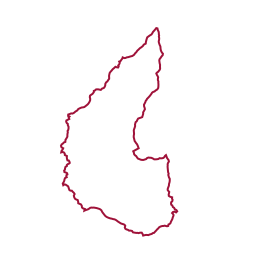 Monte Santo do Tocantins, Tocantins, Brazil (Albers equal-area conic projection), rotated 100°
{"feature_id": "56859067B11136722399220", "entity_name": "Monte Santo do Tocantins", "entity_type": "district", "adm_level": 2, "iso_a3": "BRA", "parent_name": "Brazil", "parent_adm1": "Tocantins", "projection": "albers", "projection_center": [-49.085, -9.988], "detail": "fine", "context": "isolated", "style": "outline", "palette": "rose", "viewbox_px": 256, "rotation_deg": 100, "n_neighbors": 0, "source": "geoboundaries", "source_scale": "gbopen_adm2", "svg_char_len": 5081}
<svg xmlns="http://www.w3.org/2000/svg" viewBox="0 0 256 256"><g transform="rotate(100 128 128)"><path d="M187.8,76.0L186.4,76.4L185.0,76.3L183.8,76.3L183.0,77.3L182.1,78.2L180.9,78.3L179.2,78.0L177.6,77.7L176.1,77.9L174.4,77.7L173.1,77.7L171.6,77.9L170.5,78.2L169.7,79.0L168.6,79.5L167.2,80.2L166.0,80.0L164.6,80.8L162.9,81.3L161.1,81.8L159.2,82.3L157.9,82.4L156.7,82.7L155.4,82.5L154.0,81.9L152.5,82.5L151.5,83.6L150.7,84.4L149.4,85.1L148.1,85.9L149.0,86.7L150.2,87.1L151.3,87.9L151.9,89.2L152.2,90.4L152.2,91.6L153.3,92.8L153.8,94.3L154.1,95.5L154.3,96.8L153.6,98.5L153.3,100.1L153.5,101.4L153.5,102.6L154.2,103.9L155.5,104.8L156.2,106.2L156.8,107.3L157.0,108.4L157.0,109.9L156.7,111.3L156.4,112.9L155.5,113.9L154.2,115.1L153.8,116.1L152.9,117.3L151.2,118.0L150.0,118.8L146.1,114.0L144.5,114.9L143.5,115.5L142.3,116.4L141.4,117.5L140.6,118.2L139.8,119.1L138.5,119.7L137.3,120.2L136.0,120.8L134.4,121.0L132.8,121.0L130.9,121.5L129.3,121.9L128.1,121.8L126.6,121.5L124.8,121.3L123.5,121.7L122.2,121.6L120.9,121.5L119.9,120.6L118.4,120.2L117.0,119.7L116.2,118.4L115.6,117.2L114.8,115.9L113.2,115.7L111.4,115.5L109.9,115.8L108.3,115.2L106.5,114.6L105.1,115.2L103.9,115.9L102.3,116.3L100.8,115.8L99.4,115.4L98.0,115.2L97.1,114.6L96.0,114.3L95.0,113.6L93.8,112.8L92.3,111.9L90.5,111.0L89.0,110.4L88.1,109.5L87.4,108.2L86.2,107.3L85.3,106.2L84.4,105.6L83.3,105.2L81.7,105.3L79.7,105.6L78.2,106.0L76.8,106.2L75.6,106.9L74.4,107.1L72.8,107.1L71.5,108.0L70.5,108.9L69.3,109.6L68.2,108.9L67.3,108.0L66.1,107.4L65.0,106.8L63.8,106.7L62.3,107.1L60.2,107.4L58.7,108.1L57.4,108.5L56.2,108.9L54.9,108.9L53.9,108.4L52.9,107.9L51.7,107.4L50.3,106.5L48.8,106.5L47.8,107.7L46.7,108.6L45.6,109.2L44.3,109.7L43.1,110.0L42.0,110.3L40.6,111.3L39.3,112.0L38.3,112.5L37.2,112.8L35.7,112.7L34.0,112.9L32.6,113.5L31.5,113.4L30.4,113.9L29.2,114.1L27.8,114.6L26.5,115.6L24.8,116.3L24.7,117.5L26.2,118.3L27.7,119.2L29.1,120.1L30.7,120.6L31.9,121.2L32.8,122.3L34.1,123.6L35.4,124.8L36.7,125.0L38.4,125.2L40.5,125.3L41.8,125.2L43.2,127.0L44.5,127.5L45.5,128.3L46.4,129.1L47.3,130.1L48.6,131.0L50.3,132.3L51.9,133.0L53.4,134.1L54.7,134.6L56.3,136.2L57.1,138.0L58.2,140.1L58.6,141.4L59.5,142.7L59.8,143.8L59.4,145.5L60.5,145.6L62.0,146.4L63.4,147.0L64.1,148.2L65.2,147.4L67.1,147.8L68.1,148.5L69.0,147.9L70.1,148.2L70.2,149.4L69.9,151.0L71.4,152.1L72.8,153.3L74.3,154.1L75.7,155.0L77.0,155.6L78.8,155.7L80.1,155.7L81.2,155.4L82.8,155.1L84.6,156.0L85.7,156.4L86.9,157.5L88.5,158.0L90.0,157.8L91.5,158.1L92.8,158.8L93.7,160.4L95.2,161.4L95.1,164.2L95.5,166.1L96.8,167.1L97.4,168.1L98.7,167.9L100.6,168.9L101.6,170.0L102.7,171.0L104.2,171.0L105.8,170.3L107.2,170.1L108.7,170.4L110.3,171.0L111.6,171.7L112.8,172.7L114.9,174.6L115.4,175.7L115.9,177.3L117.0,179.0L118.0,180.3L119.5,181.0L121.0,182.7L122.3,183.7L123.4,185.1L123.5,186.5L124.4,187.9L125.1,189.2L126.5,189.1L126.9,187.6L128.1,188.2L129.3,187.4L130.2,188.6L131.3,190.0L132.5,190.0L133.8,189.1L134.4,188.0L135.8,187.7L137.0,186.8L138.6,186.5L140.2,186.5L141.4,187.0L142.9,186.5L144.2,186.6L145.3,186.5L147.1,186.2L149.1,186.9L150.5,187.5L152.6,187.3L153.4,188.7L154.6,189.4L155.7,190.5L157.2,190.9L158.6,190.1L159.2,188.3L160.5,188.6L161.9,189.4L163.6,189.5L163.0,188.2L163.2,186.9L164.1,185.9L165.6,185.5L166.2,183.3L167.9,183.1L169.3,182.6L170.4,182.0L170.3,180.7L171.2,179.9L172.5,179.3L173.3,179.9L174.1,181.1L175.0,181.8L176.1,181.6L177.1,182.8L178.8,183.0L180.0,182.9L181.0,183.5L182.4,183.0L182.7,181.3L183.1,180.1L184.3,179.6L185.0,180.4L186.2,180.4L187.1,179.8L188.1,181.2L189.4,181.6L190.9,181.6L192.6,182.0L194.0,182.6L195.6,181.8L194.6,180.8L194.6,179.6L195.2,178.3L195.6,177.2L196.5,176.4L198.0,175.7L199.4,174.8L199.7,173.6L199.5,172.4L200.4,171.4L201.1,170.2L202.3,169.1L204.1,169.6L205.8,168.8L207.0,167.7L207.4,166.5L207.7,165.0L209.2,164.3L210.8,163.9L211.1,162.5L211.4,161.1L212.5,160.1L214.3,159.5L215.1,158.0L215.2,156.5L217.0,156.6L216.3,155.6L215.7,154.5L215.0,153.2L214.1,152.2L213.2,151.4L212.7,150.2L212.6,149.1L212.3,147.7L212.3,146.1L212.3,144.9L212.5,143.4L212.7,141.9L213.2,140.7L213.8,139.8L214.7,139.2L215.6,138.4L216.3,137.6L217.5,136.3L218.6,135.0L219.3,133.6L219.8,131.7L220.1,129.7L220.1,128.4L220.3,126.9L220.3,125.4L220.6,124.2L221.1,123.1L221.8,121.8L222.6,119.9L223.2,118.5L223.5,116.7L223.6,115.5L224.0,114.5L224.8,113.7L226.4,113.9L227.6,113.2L228.1,112.1L228.3,110.4L228.9,109.1L228.6,107.8L228.7,106.1L229.9,105.0L229.9,103.5L229.9,101.7L229.6,100.5L229.7,99.3L229.0,98.0L228.7,96.3L230.0,95.1L231.3,94.4L230.7,93.1L230.2,91.8L230.0,90.4L229.9,89.2L229.2,88.3L228.7,87.3L228.2,86.2L227.3,85.5L226.7,84.1L225.5,83.4L224.2,82.5L222.8,81.7L221.7,80.8L220.5,80.2L219.4,78.9L218.6,77.3L218.3,76.0L217.8,74.9L217.9,73.8L218.0,72.5L217.5,71.4L216.0,71.4L215.3,70.4L214.4,69.7L212.7,69.4L211.2,68.9L209.8,68.5L208.2,68.4L207.0,68.1L205.8,68.0L204.9,68.7L204.1,69.8L203.0,69.2L202.3,67.8L202.8,66.0L201.5,65.1L200.4,66.1L199.9,67.8L198.6,68.7L198.0,70.1L196.6,70.9L196.0,72.1L194.9,72.5L193.6,72.6L192.5,71.7L191.0,71.6L189.9,72.4L188.6,72.5L188.4,74.5L187.8,76.0Z" fill="none" stroke="#9f1239" stroke-width="2"/></g></svg>